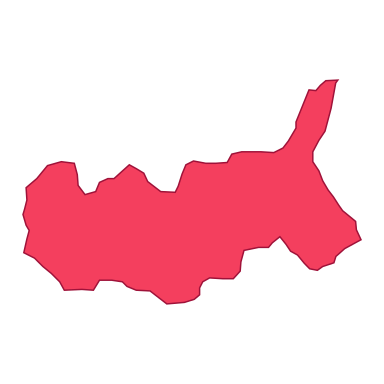 Cheongdo-gun, North Gyeongsang, South Korea
{"feature_id": "91817680B59018342058044", "entity_name": "Cheongdo-gun", "entity_type": "district", "adm_level": 2, "iso_a3": "KOR", "parent_name": "South Korea", "parent_adm1": "North Gyeongsang", "projection": "mercator", "projection_center": [128.808, 35.699], "detail": "fine", "context": "isolated", "style": "filled", "palette": "rose", "viewbox_px": 384, "rotation_deg": 0, "n_neighbors": 0, "source": "geoboundaries", "source_scale": "gbopen_adm2", "svg_char_len": 1335}
<svg xmlns="http://www.w3.org/2000/svg" viewBox="0 0 384 384"><path d="M337.8,80.1L325.8,80.7L320.4,85.3L315.9,90.6L309.0,89.9L296.0,122.0L296.0,128.1L288.3,141.1L283.0,148.0L273.8,152.6L260.8,151.8L250.9,151.8L241.7,151.8L231.8,154.1L227.2,162.5L215.7,163.3L205.8,163.3L193.5,161.0L185.9,164.8L182.1,174.0L178.2,186.2L175.2,192.3L160.7,191.6L147.7,181.6L143.8,173.2L136.2,168.6L129.3,164.8L114.0,178.6L107.9,178.6L99.5,182.4L95.7,191.6L85.0,194.6L78.1,185.4L77.3,174.7L74.3,163.3L61.3,161.7L47.5,165.6L36.8,178.6L26.1,187.7L26.9,200.0L24.6,209.1L24.3,210.1L23.0,214.5L26.1,225.2L29.2,230.5L26.9,239.0L23.8,252.7L34.5,258.1L42.9,266.5L51.3,273.4L59.7,281.8L64.3,290.2L81.9,289.4L93.4,290.2L99.5,280.2L111.7,280.2L122.4,281.8L127.0,286.4L136.2,290.2L150.0,290.9L166.8,303.9L184.4,302.4L194.3,299.3L199.6,294.8L199.6,287.9L202.7,281.8L209.6,277.9L222.6,278.7L233.3,278.7L240.2,271.1L240.9,261.9L244.0,250.4L258.5,247.4L268.5,247.4L272.3,242.8L279.9,236.7L286.0,244.3L290.6,251.2L297.5,255.0L304.4,263.4L309.7,268.8L317.4,270.3L322.7,266.5L333.9,262.8L335.9,256.4L339.8,253.0L344.7,248.6L361.0,239.7L356.4,229.8L355.6,221.4L342.6,210.7L338.8,205.3L333.4,196.9L328.1,190.0L322.7,180.8L318.9,170.9L312.8,161.7L312.8,151.8L318.9,140.3L325.0,131.2L331.1,108.2L335.7,83.0L337.8,80.1Z" fill="#f43f5e" stroke="#9f1239" stroke-width="1.5"/></svg>